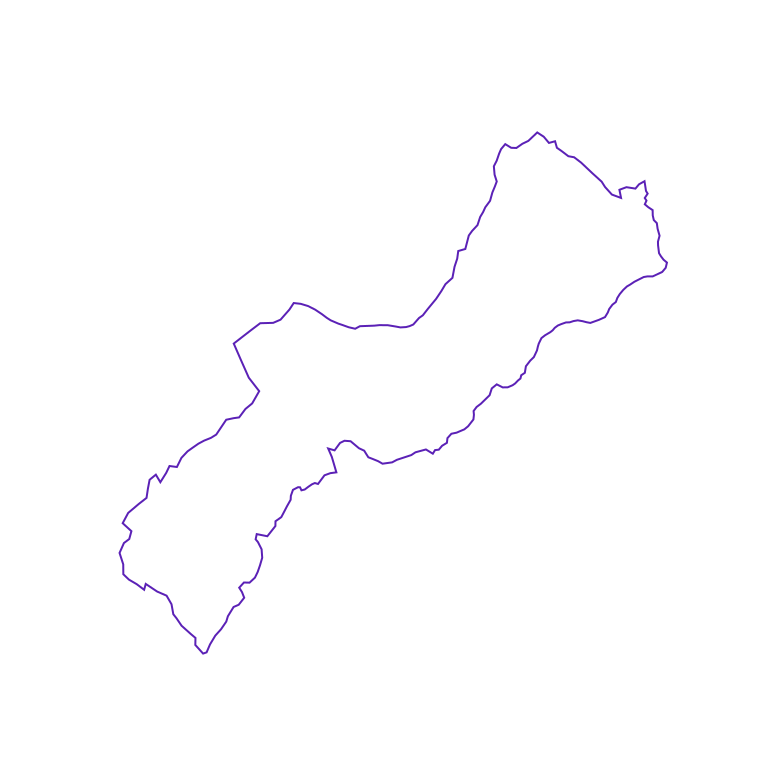 outline of Xerovounos, Nicosia, Cyprus, rotated 220°
{"feature_id": "46923920B79378418277595", "entity_name": "Xerovounos", "entity_type": "district", "adm_level": 2, "iso_a3": "CYP", "parent_name": "Cyprus", "parent_adm1": "Nicosia", "projection": "natural_earth1", "projection_center": [32.72, 35.13], "detail": "fine", "context": "isolated", "style": "outline", "palette": "violet", "viewbox_px": 768, "rotation_deg": 220, "n_neighbors": 0, "source": "geoboundaries", "source_scale": "gbopen_adm2", "svg_char_len": 3383}
<svg xmlns="http://www.w3.org/2000/svg" viewBox="0 0 768 768"><g transform="rotate(220 384 384)"><path d="M494.7,109.4L482.9,108.9L479.5,101.5L481.0,95.0L478.0,84.6L473.2,81.6L467.8,78.2L461.4,70.7L453.6,70.2L444.8,71.7L435.5,72.2L438.0,77.7L424.3,79.2L414.5,82.1L405.2,78.7L397.4,72.2L392.5,71.2L383.7,68.7L371.5,68.3L365.2,68.3L360.8,62.8L349.3,61.2L347.4,64.4L349.9,72.7L351.5,82.8L351.2,91.4L352.1,100.6L354.3,105.7L355.9,116.5L353.4,121.5L353.7,130.4L359.0,133.3L364.0,134.9L363.7,141.9L359.3,145.4L358.4,152.7L359.9,158.7L362.4,165.3L365.6,172.6L371.5,178.7L379.0,181.9L382.5,182.5L385.0,187.2L375.5,192.4L375.9,205.4L378.9,209.1L377.1,216.0L378.5,222.5L379.7,227.8L381.1,235.3L383.5,238.5L385.7,244.4L383.5,249.7L381.9,250.9L378.9,249.5L376.9,252.2L375.9,256.6L374.7,260.9L373.3,263.7L370.3,265.0L370.9,275.8L367.8,281.2L363.7,285.7L371.2,290.7L377.1,294.6L385.3,298.7L379.2,301.4L379.8,310.6L377.8,315.1L372.8,318.7L367.5,318.7L361.9,318.7L356.3,320.2L352.7,319.0L348.9,317.8L344.5,319.3L338.9,321.1L333.9,322.0L327.4,329.2L325.4,334.2L317.4,347.1L316.0,351.9L309.8,360.8L301.8,362.0L302.4,366.2L299.8,368.9L299.8,374.0L298.0,379.4L300.6,383.3L300.4,389.2L297.1,393.4L295.6,396.4L293.3,400.9L292.4,405.7L292.7,414.3L295.3,418.2L298.0,420.9L298.3,426.0L297.1,431.1L295.9,443.3L298.6,449.9L297.4,456.2L290.9,457.7L287.1,461.0L284.7,465.7L283.9,468.7L283.6,472.9L283.0,475.9L284.5,478.9L283.3,483.1L286.7,488.8L287.0,495.9L286.5,501.0L288.4,508.1L290.1,511.4L291.4,514.4L292.9,520.4L291.9,525.0L289.9,530.7L289.3,533.6L289.3,536.8L288.4,540.6L286.8,543.7L284.2,548.1L281.4,550.6L279.3,554.0L276.5,557.3L272.2,559.8L268.6,561.5L265.2,563.4L260.6,571.3L257.7,577.3L258.5,582.6L259.7,586.2L260.0,591.6L259.1,595.8L260.6,600.0L261.2,604.5L261.2,609.9L260.6,614.9L259.4,618.2L257.9,623.3L255.6,628.7L253.8,632.9L251.5,635.6L247.3,639.2L242.9,648.7L242.9,654.1L245.3,658.9L249.7,658.9L253.8,659.8L257.4,661.0L260.3,663.7L263.2,666.4L265.6,669.1L268.2,674.7L274.2,678.8L278.4,682.6L282.7,683.0L286.5,685.9L290.0,689.9L295.1,689.3L299.7,689.3L300.8,693.2L303.8,694.1L304.4,699.3L307.4,700.3L310.8,703.3L314.8,706.8L317.0,700.9L317.0,695.3L324.8,690.6L328.5,684.1L322.0,678.9L331.2,675.6L341.3,677.0L347.3,678.9L360.2,679.4L375.4,680.3L384.1,679.9L389.2,677.0L397.9,676.6L403.4,676.1L409.0,679.9L412.6,674.7L420.5,676.1L428.3,675.2L429.7,663.0L432.4,657.0L434.3,649.9L438.4,646.7L445.3,645.7L445.3,639.2L443.9,634.5L441.2,627.5L439.8,621.4L433.8,615.4L427.8,611.6L426.0,606.5L424.1,600.4L420.5,592.5L420.0,584.5L418.6,579.4L417.7,573.8L414.5,565.8L414.9,557.9L414.5,552.3L408.5,539.7L412.6,533.6L408.5,527.1L405.3,519.1L399.8,509.3L401.1,500.0L399.8,492.0L398.8,482.7L398.7,469.9L398.4,461.6L399.6,457.1L399.8,448.4L401.6,444.8L403.7,441.8L407.8,437.9L411.9,435.6L419.0,431.4L425.5,426.0L429.0,422.4L439.6,412.8L441.6,407.8L447.5,404.8L454.0,402.4L457.8,400.9L465.8,398.5L470.5,397.9L476.4,397.6L484.6,396.7L492.3,394.9L499.3,391.9L505.2,388.0L504.3,380.3L504.6,366.8L508.2,359.6L517.9,351.0L520.5,339.6L525.1,318.4L509.4,310.6L491.6,301.9L475.0,298.3L472.5,284.4L474.1,275.8L473.5,265.3L477.2,261.2L481.9,255.2L480.0,237.4L482.0,231.4L485.4,225.0L487.8,219.0L489.8,211.6L491.2,206.1L491.7,197.2L489.3,187.3L495.6,183.3L493.7,175.9L492.2,165.0L500.5,167.9L502.0,160.0L497.6,152.1L492.7,144.1L494.7,134.7L497.1,120.8L494.7,109.4Z" fill="none" stroke="#5b21b6" stroke-width="2"/></g></svg>